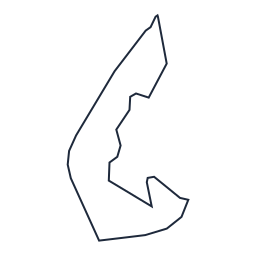 the Metropolitan Borough of Sefton
{"feature_id": "GBR-5667", "entity_name": "Sefton", "entity_type": "Metropolitan Borough", "adm_level": 1, "iso_a3": "GBR", "parent_name": "United Kingdom", "parent_adm1": "", "projection": "orthographic", "projection_center": [-2.99, 53.595], "detail": "fine", "context": "isolated", "style": "outline", "palette": "slate", "viewbox_px": 256, "rotation_deg": 0, "n_neighbors": 0, "source": "natural_earth", "source_scale": "10m", "svg_char_len": 506}
<svg xmlns="http://www.w3.org/2000/svg" viewBox="0 0 256 256"><path d="M99.1,240.6L70.8,178.2L67.7,164.6L69.1,150.9L76.1,135.4L114.6,71.2L145.7,30.6L150.6,27.1L155.6,16.7L157.5,15.4L157.9,16.6L158.5,19.7L166.7,63.6L148.7,97.6L136.0,93.5L130.2,96.8L129.5,109.9L116.3,129.6L120.6,145.5L117.3,156.8L109.5,162.5L108.8,180.6L151.7,206.4L146.8,182.2L147.7,177.9L154.1,176.8L180.0,197.9L188.3,199.8L181.5,216.9L166.8,228.6L145.2,235.1L123.6,237.7L99.1,240.6Z" fill="none" stroke="#1e293b" stroke-width="2"/></svg>